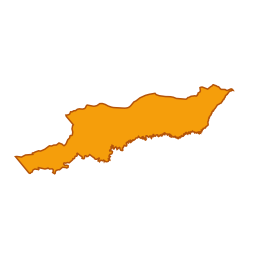 Centro Novo do Maranhão, Maranhão, Brazil, rotated 230°
{"feature_id": "56859067B37138273453889", "entity_name": "Centro Novo do Maranhão", "entity_type": "district", "adm_level": 2, "iso_a3": "BRA", "parent_name": "Brazil", "parent_adm1": "Maranhão", "projection": "orthographic", "projection_center": [-46.631, -3.068], "detail": "fine", "context": "isolated", "style": "filled", "palette": "amber", "viewbox_px": 256, "rotation_deg": 230, "n_neighbors": 0, "source": "geoboundaries", "source_scale": "gbopen_adm2", "svg_char_len": 5858}
<svg xmlns="http://www.w3.org/2000/svg" viewBox="0 0 256 256"><g transform="rotate(230 128 128)"><path d="M139.1,60.6L139.2,64.7L139.3,65.5L139.9,66.1L139.2,66.9L139.2,67.7L140.2,69.1L140.2,69.6L139.5,70.4L139.5,71.1L140.0,71.8L141.1,72.2L141.3,72.5L141.2,73.0L137.4,73.7L135.7,74.3L134.8,74.1L134.5,73.3L134.0,73.4L132.8,74.4L133.1,75.6L134.1,76.5L134.3,77.1L133.9,78.0L132.7,77.9L132.0,79.0L132.2,81.6L128.1,82.5L127.4,82.9L127.0,83.0L126.1,82.6L124.9,83.1L124.1,84.0L123.6,86.5L123.2,86.5L122.1,84.0L121.7,84.3L120.5,84.5L120.8,85.2L120.7,86.6L119.3,87.4L119.2,88.6L118.9,88.8L117.6,88.2L117.9,89.0L116.2,89.5L115.4,90.8L115.2,91.5L115.7,92.5L115.7,93.0L115.1,93.4L115.6,93.7L117.1,93.1L117.3,93.5L116.7,94.3L117.4,95.2L117.5,96.1L118.0,96.0L118.5,95.4L119.1,96.0L119.5,97.3L118.9,98.2L118.7,98.9L119.1,100.0L120.0,101.0L120.5,100.9L121.7,100.3L121.8,99.5L122.1,99.2L122.5,99.4L122.8,100.1L122.7,101.9L122.9,102.3L123.6,102.2L123.6,102.9L123.3,103.0L123.6,103.6L123.9,103.8L124.4,103.4L124.4,103.9L125.1,104.6L124.8,104.8L124.5,104.6L123.9,105.1L122.5,104.0L121.3,103.4L120.9,104.1L121.6,105.1L121.4,106.3L121.2,106.1L120.5,106.5L118.6,105.8L118.6,106.2L119.5,106.7L119.0,107.5L118.7,108.9L118.0,109.0L117.2,108.5L115.6,108.2L114.4,109.0L114.4,109.9L115.0,109.9L116.2,111.0L116.0,111.5L117.1,114.0L115.6,114.7L115.2,115.3L115.4,115.6L115.8,116.3L117.0,116.5L117.7,117.1L117.8,117.7L117.7,118.1L116.3,118.4L116.3,118.7L117.2,118.8L117.5,119.1L117.6,120.6L116.4,120.6L115.7,120.3L115.2,120.6L115.1,121.1L115.4,121.5L116.6,122.1L115.3,122.6L115.8,123.8L115.7,124.3L114.9,124.4L114.8,126.4L115.2,127.8L114.3,128.9L114.8,130.7L113.6,130.6L111.8,131.3L112.1,133.2L111.8,134.0L110.9,133.9L111.2,132.8L110.6,132.2L110.0,132.4L109.3,133.7L107.6,133.5L107.4,133.9L107.8,135.0L109.4,134.2L109.3,135.8L110.3,136.6L110.3,137.0L109.6,137.6L108.5,137.6L107.5,138.0L107.9,139.3L107.1,140.4L105.9,139.3L105.0,139.3L105.2,139.7L106.2,140.2L106.4,140.9L105.3,141.4L105.1,141.7L105.2,142.0L106.5,142.5L106.8,143.1L106.5,143.4L106.1,142.9L105.1,143.3L104.5,143.3L104.2,143.5L104.1,144.0L104.5,145.0L104.2,145.9L103.5,146.3L102.6,145.7L101.8,145.9L101.6,147.5L101.9,147.9L101.9,148.4L101.0,149.0L100.6,148.5L100.2,148.7L100.1,149.2L101.2,150.2L101.0,150.7L100.0,151.1L99.5,151.6L100.9,152.0L100.7,153.0L99.8,153.2L99.2,153.0L98.1,154.2L97.2,153.7L96.9,155.1L97.1,155.5L96.5,156.0L96.1,156.1L95.6,154.9L95.1,154.6L94.7,154.7L95.4,155.3L95.2,155.9L94.6,156.5L94.2,156.5L94.2,156.1L93.4,155.5L93.0,155.6L93.0,156.2L91.9,157.0L92.0,157.4L91.3,157.9L91.5,158.4L91.3,158.8L91.0,158.9L90.8,158.8L90.5,158.2L89.5,158.6L89.7,158.9L89.5,159.5L89.1,159.7L88.8,159.4L88.4,159.7L87.9,159.4L87.5,159.8L88.2,160.6L88.2,161.1L88.0,161.7L87.3,161.2L87.0,161.5L87.3,161.9L87.0,162.8L87.1,163.3L87.7,163.5L87.7,164.2L86.4,164.5L86.2,164.9L86.4,166.1L87.1,166.1L87.6,167.0L87.3,167.4L87.0,167.1L86.6,167.2L87.0,168.1L86.6,167.9L86.2,168.3L86.2,168.7L86.9,168.9L87.0,169.8L86.9,170.0L86.5,170.0L86.0,169.6L84.8,169.8L85.8,171.9L85.6,172.1L85.4,171.7L85.1,171.8L84.7,171.4L83.6,172.0L84.8,173.7L84.8,174.0L84.0,174.3L84.1,175.5L83.2,175.4L82.3,176.3L81.3,176.0L81.2,176.9L80.9,177.2L80.6,177.5L80.3,177.2L79.9,177.4L80.0,178.4L79.7,179.1L78.5,178.6L77.8,178.9L78.1,179.4L77.6,179.9L77.9,179.9L78.5,180.7L78.8,180.6L78.3,181.3L77.8,181.4L77.7,181.8L78.8,182.6L78.5,182.7L78.3,183.1L78.9,183.5L78.8,183.9L79.1,184.2L78.8,185.0L79.2,185.4L78.9,185.7L78.9,186.7L78.3,187.2L78.5,188.0L78.9,188.3L78.7,191.0L79.4,191.9L80.3,192.3L81.6,193.4L81.8,194.2L83.2,195.7L83.4,196.6L83.9,196.7L84.1,197.1L83.9,197.3L84.7,199.1L84.6,199.9L85.1,200.7L85.4,200.8L85.5,201.8L85.8,201.9L86.0,202.4L86.5,203.1L86.3,204.1L86.5,204.3L86.2,204.4L86.9,206.1L87.1,207.7L88.2,211.2L87.7,213.4L87.8,213.8L87.3,215.1L87.4,216.1L87.9,217.0L87.8,217.5L88.4,218.7L88.2,219.8L88.6,220.1L89.3,222.5L89.9,223.1L90.1,224.9L89.9,225.6L90.3,226.2L90.2,226.7L90.7,227.9L90.7,230.0L90.1,230.7L90.3,231.7L89.2,232.7L90.4,232.8L91.4,232.4L91.9,231.7L92.8,228.4L93.4,227.7L95.1,227.1L97.7,224.2L99.1,223.9L100.5,224.0L101.7,223.7L102.1,223.2L104.2,222.5L104.6,222.0L106.2,221.3L106.5,220.5L106.2,219.2L106.5,218.1L106.6,214.0L111.5,211.3L112.3,210.3L112.7,209.1L109.9,207.3L109.4,206.2L109.7,204.0L109.0,203.4L108.9,202.4L108.5,202.1L108.5,201.7L108.6,200.8L109.7,199.9L111.8,196.6L112.3,194.2L112.8,193.5L112.6,191.5L113.1,190.6L119.6,184.0L122.4,182.5L124.8,180.5L128.1,176.8L132.6,172.7L135.5,171.0L137.2,171.0L140.1,166.0L141.8,162.3L143.4,156.6L143.6,151.6L144.2,149.2L143.3,144.5L143.2,142.8L143.6,141.0L144.4,139.5L145.4,138.1L152.9,130.1L154.5,128.8L157.6,126.9L160.7,125.7L163.2,124.1L164.8,122.1L165.1,118.7L166.0,116.7L166.9,115.5L171.8,111.5L171.9,110.7L170.9,108.4L170.8,107.2L171.7,105.3L174.0,103.0L174.9,101.2L175.0,99.0L176.0,97.6L176.4,95.5L177.3,94.4L176.2,92.4L176.2,91.6L176.9,89.9L177.8,88.7L176.6,88.2L165.6,88.2L165.4,87.1L163.3,84.5L160.4,83.1L158.5,80.9L158.4,80.0L159.2,79.2L159.3,78.6L157.9,76.8L157.7,74.3L155.7,70.4L155.4,68.0L155.9,67.4L158.0,67.1L160.9,65.5L161.0,62.3L162.7,60.0L163.3,57.9L164.9,56.3L165.2,50.7L166.0,47.8L166.6,46.1L168.0,44.9L169.4,41.1L169.4,40.3L170.2,38.9L170.2,38.5L169.0,38.1L173.2,32.1L174.2,27.7L177.7,24.5L178.4,23.4L157.3,23.2L156.3,23.7L156.1,24.1L156.3,25.0L155.9,26.3L156.8,27.9L156.8,28.8L156.4,30.4L155.3,31.2L154.7,32.0L153.6,32.6L153.6,33.1L154.0,33.4L155.1,33.7L155.3,33.9L149.9,38.1L149.6,39.1L149.0,39.7L149.0,40.4L148.7,41.0L146.9,41.6L146.0,43.0L145.1,43.8L144.2,43.9L143.7,43.5L142.7,42.7L142.3,41.7L140.1,42.4L140.2,43.2L141.3,44.4L141.6,45.8L140.9,47.7L140.0,48.7L140.0,52.6L137.8,54.8L136.7,55.4L136.4,56.8L137.4,57.9L137.8,57.8L138.9,57.1L140.0,55.6L140.6,55.5L141.8,55.5L142.3,56.2L142.3,56.7L141.1,57.7L140.5,59.4L139.1,60.6ZM119.0,107.5L119.0,107.1L118.9,106.8L118.6,107.0L118.7,107.6L119.0,107.5Z" fill="#f59e0b" stroke="#b45309" stroke-width="1.5"/></g></svg>